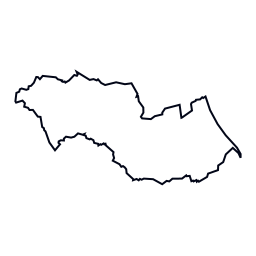 Chaiya, Surat Thani, Thailand (Robinson projection)
{"feature_id": "78962969B84478768396054", "entity_name": "Chaiya", "entity_type": "district", "adm_level": 2, "iso_a3": "THA", "parent_name": "Thailand", "parent_adm1": "Surat Thani", "projection": "robinson", "projection_center": [99.041, 9.444], "detail": "medium", "context": "isolated", "style": "outline", "palette": "ink", "viewbox_px": 256, "rotation_deg": 0, "n_neighbors": 0, "source": "geoboundaries", "source_scale": "gbopen_adm2", "svg_char_len": 1818}
<svg xmlns="http://www.w3.org/2000/svg" viewBox="0 0 256 256"><path d="M205.5,96.5L203.2,98.0L202.2,97.3L200.1,99.4L196.0,99.8L195.6,100.9L191.7,102.7L191.0,104.1L192.0,110.5L182.1,117.5L181.4,117.8L179.6,104.8L165.0,108.6L162.3,112.6L162.3,114.4L154.8,116.2L150.9,119.1L142.1,118.4L140.9,116.8L143.4,112.6L143.3,107.5L138.8,101.3L138.1,96.3L136.5,96.8L137.5,93.9L131.5,83.3L124.9,84.2L116.1,82.3L105.1,85.0L101.2,83.0L98.0,79.3L96.8,80.4L93.5,79.1L89.7,79.9L76.6,71.8L77.7,74.5L76.9,75.8L74.3,75.0L69.0,80.5L65.4,82.6L64.7,81.5L63.1,81.9L61.8,81.3L62.1,80.4L57.9,79.3L55.8,77.3L42.7,75.9L39.9,79.2L37.9,77.1L36.3,77.0L33.9,82.7L31.1,85.8L28.7,86.3L28.3,89.1L26.3,89.8L21.6,88.5L19.9,89.3L19.2,91.7L16.4,92.9L15.4,101.3L16.1,102.6L22.5,100.6L24.9,103.2L24.2,106.7L28.0,107.8L29.5,110.0L32.9,109.9L37.8,116.6L40.5,116.9L42.2,127.0L43.9,128.2L44.2,130.2L45.5,131.4L49.4,142.5L55.0,150.3L60.0,144.3L58.5,142.8L58.7,141.4L60.8,140.3L63.9,140.5L63.9,138.6L66.0,136.7L71.1,137.6L74.4,136.7L78.0,133.4L82.6,134.7L84.4,134.0L83.8,135.1L85.7,135.7L86.4,138.1L89.7,139.4L90.7,138.7L93.4,140.2L94.2,142.9L98.1,143.8L98.4,145.5L100.3,144.2L101.2,144.8L103.7,143.4L104.4,144.4L105.5,143.8L106.0,145.5L113.5,152.1L113.1,154.6L114.1,158.0L112.8,160.7L119.5,164.2L121.3,166.8L123.0,166.1L124.7,167.3L126.2,169.2L126.6,173.1L133.3,179.2L133.1,180.2L136.6,179.0L138.7,180.3L139.9,178.9L141.6,179.7L143.8,178.6L153.1,179.2L162.2,184.2L166.6,180.9L169.3,181.4L172.4,178.7L182.0,178.6L186.2,175.4L186.6,176.2L189.7,175.9L191.4,181.2L193.0,180.6L193.6,181.4L196.3,180.1L196.8,181.7L198.0,180.7L198.9,181.7L207.1,176.9L208.1,173.6L218.0,170.1L218.2,165.5L223.2,162.1L225.8,154.4L232.8,147.9L238.5,153.1L240.6,157.8L240.6,154.0L237.0,147.7L225.7,135.3L217.6,124.1L210.1,110.2L205.5,96.5Z" fill="none" stroke="#020617" stroke-width="2"/></svg>